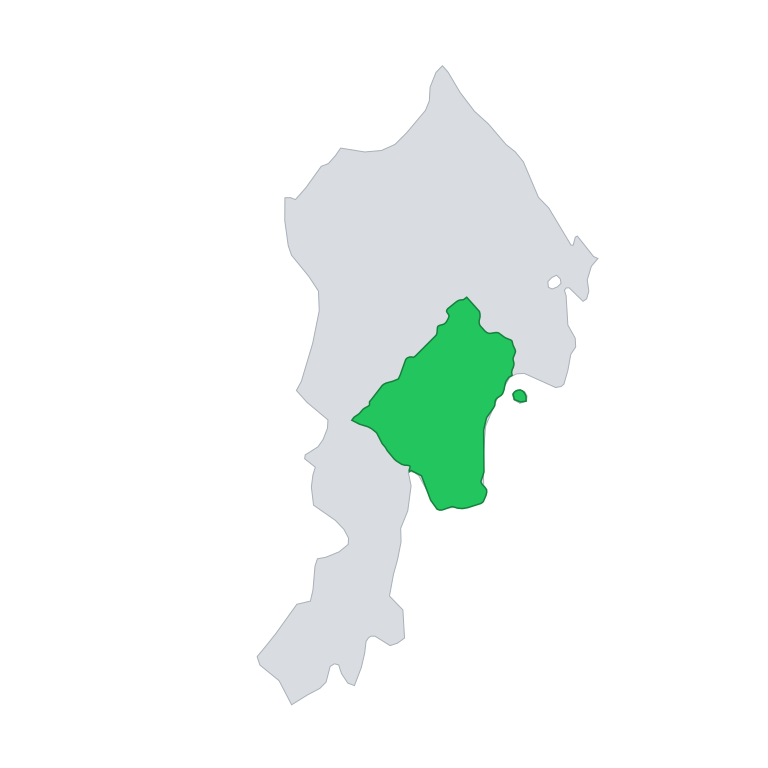 location of Gegharkunik within Armenia, rotated 60°
{"feature_id": "ARM-1672", "entity_name": "Gegharkunik", "entity_type": "Province", "adm_level": 1, "iso_a3": "ARM", "parent_name": "Armenia", "parent_adm1": "", "projection": "mercator", "projection_center": [45.283, 40.3], "detail": "fine", "context": "in_parent", "style": "filled", "palette": "green", "viewbox_px": 768, "rotation_deg": 60, "n_neighbors": 0, "source": "natural_earth", "source_scale": "10m", "svg_char_len": 3979}
<svg xmlns="http://www.w3.org/2000/svg" viewBox="0 0 768 768"><g transform="rotate(60 384 384)"><path d="M345.8,463.1L340.4,454.3L313.2,425.5L288.1,403.4L270.8,394.3L253.3,395.3L226.3,399.7L216.4,397.8L192.8,388.2L173.2,376.7L175.8,371.9L180.0,368.5L175.0,353.6L164.1,329.5L165.3,321.9L161.8,311.5L158.0,303.6L173.4,284.7L180.5,269.5L182.0,254.7L177.9,239.2L167.8,211.3L161.5,203.2L149.9,195.6L140.1,183.1L137.6,174.3L145.9,172.6L169.8,172.3L193.1,169.3L211.2,163.5L237.6,158.6L248.4,154.3L261.1,152.2L299.6,156.9L313.9,153.3L357.3,152.6L358.4,150.8L352.5,144.9L352.5,142.6L378.3,138.8L382.3,136.0L385.7,145.5L395.4,155.9L406.0,160.2L411.6,165.9L411.9,170.3L393.2,175.6L391.9,178.3L393.1,180.9L398.7,182.2L424.9,195.3L439.9,195.5L447.8,199.5L451.7,207.4L464.2,218.0L474.1,228.3L474.7,231.9L472.9,237.1L445.0,257.2L441.5,264.1L441.0,271.5L453.3,293.3L471.3,317.1L497.4,335.1L533.2,354.7L533.7,366.8L528.0,381.2L523.1,390.9L520.9,397.5L516.5,400.3L480.8,399.7L475.5,402.0L473.1,404.8L472.9,407.2L485.8,411.5L505.8,426.9L517.3,441.7L529.3,448.2L542.8,460.0L553.6,471.0L570.4,485.3L589.1,480.6L614.2,493.2L615.2,501.8L613.6,509.5L597.9,517.9L595.9,521.3L596.0,524.2L598.0,528.3L607.3,535.2L618.1,545.3L630.4,560.4L624.9,564.9L613.5,565.6L604.6,563.7L601.5,566.8L601.6,571.8L613.2,583.2L615.5,591.6L615.0,606.1L615.6,624.4L588.5,623.2L565.4,632.0L556.7,630.2L550.9,614.7L545.9,602.1L531.2,569.6L535.2,556.3L527.0,548.6L507.2,534.8L502.1,529.1L504.9,521.2L506.9,506.9L505.0,495.2L499.7,491.7L489.8,491.4L477.8,494.3L453.7,505.6L436.9,498.4L427.3,491.1L421.7,485.1L409.1,490.1L406.0,487.7L405.4,472.6L401.6,464.5L394.1,455.1L387.1,450.5L361.3,459.9L345.8,463.1ZM385.8,190.9L386.6,185.4L385.4,180.4L381.2,178.8L376.1,180.1L375.7,185.6L377.3,190.9L382.4,193.3L385.8,190.9ZM468.6,276.0L462.7,279.4L457.1,277.9L457.1,269.4L461.1,266.0L465.8,266.1L470.2,269.2L468.6,276.0Z" fill="#d9dde1" stroke="#a8b0b8" stroke-width="1"/><path d="M440.6,268.7L440.6,272.6L442.9,277.4L445.9,280.3L449.0,282.9L451.8,286.3L452.4,288.3L452.7,292.9L453.4,295.1L454.9,296.7L458.1,298.9L459.5,301.3L464.5,312.1L473.8,320.8L510.3,341.5L517.1,349.0L520.2,349.2L521.3,348.9L523.5,348.3L526.9,348.0L529.2,349.2L531.5,351.4L535.5,356.8L535.8,358.0L535.9,359.2L535.8,360.4L532.9,373.6L531.0,378.6L528.1,382.6L524.6,385.7L524.0,387.2L522.2,396.6L521.1,398.8L519.0,400.6L508.0,401.7L482.3,397.4L472.4,403.8L472.6,405.9L472.0,405.8L470.6,404.8L469.8,403.8L469.4,403.3L468.9,402.9L468.3,402.8L467.6,402.8L466.7,403.7L466.1,404.4L464.5,406.9L462.3,408.9L456.8,411.8L454.1,412.7L443.5,414.5L439.5,414.5L434.7,415.4L423.2,414.8L421.7,415.1L416.8,417.0L414.9,418.1L412.9,419.4L406.7,425.2L399.3,430.0L397.9,426.9L397.7,425.5L397.4,421.1L397.0,419.3L396.1,416.9L395.5,415.2L395.2,413.3L395.3,408.7L395.1,407.4L394.5,406.7L392.8,405.9L392.4,405.6L392.0,405.1L391.7,404.4L391.1,402.6L384.4,386.3L384.1,384.4L384.2,381.8L386.0,375.0L386.8,369.1L384.4,365.6L373.7,353.0L373.2,351.7L373.1,350.4L373.5,348.1L374.3,346.7L375.7,345.0L375.4,342.6L368.1,315.4L367.6,314.0L366.3,312.6L361.7,309.4L361.1,308.6L360.9,307.7L361.1,306.2L361.8,303.6L362.1,302.2L361.9,300.4L361.2,298.6L359.5,295.8L358.4,294.4L357.5,293.6L356.6,293.4L353.1,293.6L352.1,293.4L351.3,292.5L350.6,290.9L348.9,279.9L348.9,278.0L349.2,276.3L350.2,274.1L350.7,273.0L350.2,269.0L368.9,265.1L371.2,265.8L373.5,267.0L374.6,267.9L376.5,269.7L377.5,270.4L379.2,271.2L380.4,271.5L381.6,271.6L388.2,270.2L390.5,269.4L391.4,268.8L392.2,268.2L392.9,267.4L393.4,266.4L395.3,261.5L395.9,260.5L396.6,259.6L397.5,259.0L403.5,256.4L404.8,255.7L409.4,252.1L410.5,251.7L411.5,251.8L414.6,252.8L420.0,253.3L421.5,253.8L422.4,254.6L426.0,259.1L426.8,259.7L427.7,260.1L430.5,260.9L431.4,261.3L432.4,262.0L434.2,263.7L435.6,265.7L437.6,267.6L440.6,268.7L440.6,268.7ZM463.6,266.9L465.9,267.2L469.9,269.5L467.8,274.9L462.6,278.9L457.2,277.3L456.2,275.3L455.9,273.2L456.3,271.0L457.2,269.0L459.1,267.6L461.3,266.9L463.6,266.9Z" fill="#22c55e" stroke="#15803d" stroke-width="1.5"/></g></svg>